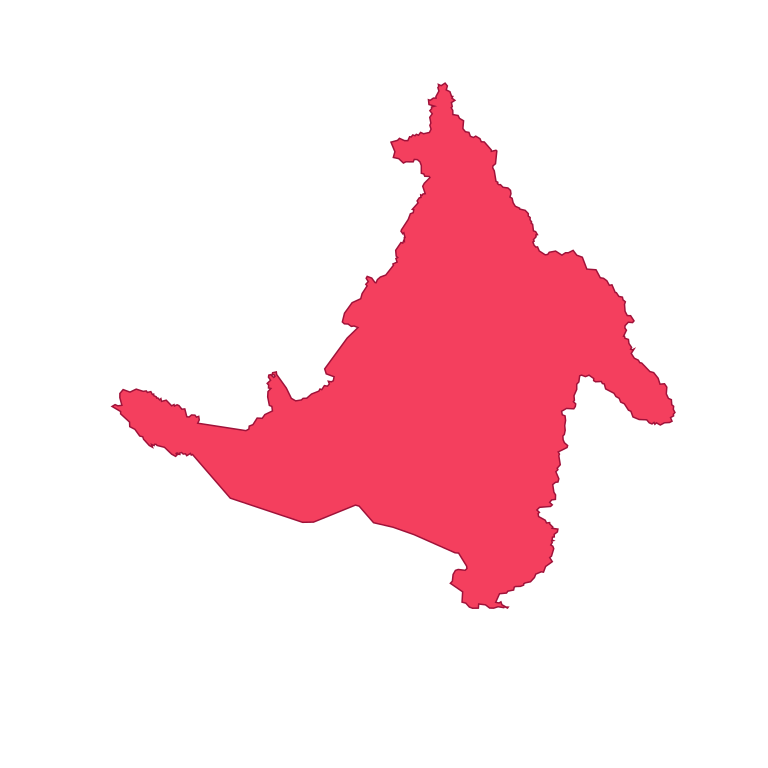 outline of Riosucio, Chocó, Colombia, rotated 157°
{"feature_id": "7082276B6840641027062", "entity_name": "Riosucio", "entity_type": "district", "adm_level": 2, "iso_a3": "COL", "parent_name": "Colombia", "parent_adm1": "Chocó", "projection": "albers", "projection_center": [-77.324, 7.341], "detail": "fine", "context": "isolated", "style": "filled", "palette": "rose", "viewbox_px": 768, "rotation_deg": 157, "n_neighbors": 0, "source": "geoboundaries", "source_scale": "gbopen_adm2", "svg_char_len": 6171}
<svg xmlns="http://www.w3.org/2000/svg" viewBox="0 0 768 768"><g transform="rotate(157 384 384)"><path d="M283.1,603.9L283.2,593.6L286.9,588.9L282.4,585.7L279.8,579.8L277.1,580.0L270.3,577.1L268.4,578.9L265.6,577.5L264.1,574.4L264.3,570.5L267.3,563.4L265.3,561.8L265.3,559.3L261.3,557.4L261.0,556.1L268.5,553.0L271.1,550.9L271.7,543.1L273.9,543.7L275.3,542.8L276.3,543.8L277.1,541.3L278.8,541.6L282.0,539.6L281.9,537.4L289.7,533.7L288.5,532.8L290.1,530.3L293.2,530.4L297.4,526.0L307.7,519.1L308.7,517.9L308.0,514.9L306.7,515.4L307.4,510.6L308.1,510.8L309.5,507.4L309.9,508.3L311.7,506.4L313.1,507.6L321.0,502.5L322.8,497.0L322.0,495.0L324.0,494.9L324.3,491.1L328.9,491.0L328.9,489.6L339.8,483.6L345.5,483.9L349.2,482.7L351.8,480.3L352.7,481.0L353.9,486.3L357.4,489.6L359.1,488.3L358.5,484.4L361.8,482.9L361.2,480.9L368.8,475.8L372.1,471.6L381.6,471.3L392.7,464.6L398.1,457.4L397.0,454.9L393.6,453.2L391.6,449.8L388.9,449.1L385.9,446.1L399.9,440.7L432.7,421.1L433.2,415.9L427.1,410.2L429.4,406.8L431.6,406.6L434.2,408.3L434.3,405.3L436.9,404.1L439.5,405.8L443.5,403.1L444.9,404.4L446.8,402.9L454.6,403.1L460.7,401.1L464.1,402.4L466.3,401.6L471.9,403.0L474.9,407.0L475.5,418.5L479.1,434.7L478.4,437.2L482.1,437.9L483.3,436.5L481.3,435.1L481.4,433.6L482.9,433.1L484.7,436.9L486.6,437.2L487.7,435.4L486.9,431.8L491.3,430.2L490.6,428.1L491.9,425.5L489.9,424.1L493.7,422.4L496.1,417.6L497.9,409.1L496.0,407.2L497.2,402.8L505.6,402.4L509.5,400.0L514.1,402.2L520.5,397.8L524.5,397.9L526.0,395.3L529.3,395.0L570.8,420.7L568.1,423.1L567.2,426.6L569.6,426.8L570.2,429.2L573.3,430.7L576.3,429.8L578.3,430.9L577.1,438.9L579.9,439.8L581.2,444.3L582.6,445.7L585.5,445.6L585.3,447.1L588.0,446.9L590.8,454.2L595.6,454.9L595.1,457.7L596.8,457.1L597.6,459.5L598.7,459.8L598.7,461.3L600.4,463.1L600.0,464.7L601.3,464.8L601.6,468.1L605.1,468.7L605.5,470.5L608.5,471.3L614.1,476.1L621.0,475.8L626.3,480.8L630.8,478.5L632.5,474.6L633.6,466.8L637.5,467.9L639.6,470.1L643.1,469.6L637.2,461.6L638.1,459.4L633.1,448.4L634.7,444.1L631.0,439.6L629.2,431.6L626.7,429.7L626.9,427.1L624.1,419.1L621.8,416.2L621.6,419.2L619.7,417.2L618.7,418.1L617.4,417.5L616.9,416.1L610.8,411.5L606.9,402.4L604.1,398.8L602.5,399.4L602.5,401.3L601.4,401.4L601.1,399.8L599.5,399.0L599.5,400.3L597.1,400.0L596.2,398.0L594.0,397.3L593.6,395.1L589.3,395.7L589.2,393.9L587.8,393.9L570.1,339.0L513.0,288.5L502.8,284.4L457.6,283.7L454.6,281.3L447.8,260.4L431.6,248.6L415.2,233.6L384.6,200.9L381.4,199.2L379.1,184.0L379.8,181.7L382.1,180.8L388.2,184.3L391.1,184.5L394.8,181.7L398.1,175.8L400.8,174.6L392.8,162.0L397.4,152.7L394.3,150.3L392.6,145.3L390.1,143.0L384.7,140.8L382.8,144.5L376.9,141.1L374.3,136.5L370.6,134.8L366.0,134.4L361.1,131.3L360.0,132.0L357.9,129.5L356.9,130.1L358.8,131.0L361.7,134.8L361.5,137.8L363.7,137.5L366.5,139.4L359.6,145.8L352.9,143.7L350.9,144.9L345.2,143.7L343.5,146.1L342.1,146.2L337.5,144.4L334.1,144.3L333.3,145.6L331.5,145.7L326.4,144.7L321.1,147.1L318.6,149.7L312.7,149.7L310.7,148.5L306.5,152.9L298.5,154.7L299.3,159.5L297.1,160.1L292.1,166.1L292.0,168.7L293.4,170.7L291.1,172.3L291.0,174.0L289.3,173.7L290.2,174.7L288.8,177.2L287.0,176.7L286.1,179.1L282.2,180.1L280.6,182.5L285.6,185.5L284.5,186.3L286.1,190.3L285.7,191.7L288.7,192.6L288.8,195.6L293.5,201.6L292.7,204.6L291.1,205.1L292.5,208.3L289.0,209.7L278.5,206.2L276.3,207.0L277.8,210.3L274.9,211.8L271.3,210.8L269.4,214.9L269.9,218.0L268.0,225.5L264.5,226.5L262.2,225.8L260.1,228.4L260.1,236.1L257.4,237.2L257.5,238.8L253.3,240.8L251.1,249.7L249.9,250.9L250.2,253.4L240.3,254.0L239.0,255.6L240.9,259.5L240.9,262.7L239.7,266.2L237.7,267.1L235.3,270.6L233.9,275.1L231.1,279.5L229.8,283.9L231.9,286.0L231.2,289.5L225.6,290.2L219.0,287.0L216.7,288.5L215.3,290.8L216.6,293.7L215.1,294.6L213.7,299.0L208.7,303.7L206.7,308.5L203.8,309.8L200.7,315.1L198.7,315.0L195.7,312.1L191.8,312.0L188.8,307.1L189.7,305.2L188.4,303.4L183.0,301.4L182.8,299.1L181.2,298.0L181.9,292.9L175.9,285.6L175.4,281.9L173.1,278.9L173.2,274.9L170.5,271.9L169.2,264.4L167.4,262.4L167.7,256.4L163.0,251.6L156.2,248.4L155.0,244.6L152.9,242.5L150.5,243.1L150.4,241.1L148.4,241.8L145.7,238.3L141.0,238.7L136.2,237.0L133.4,237.2L133.4,241.1L129.9,241.5L129.4,243.2L127.3,244.1L127.6,247.6L126.1,250.3L127.2,252.5L125.6,257.3L127.8,259.6L128.0,264.6L124.9,270.6L125.7,274.6L130.0,276.0L129.4,282.2L131.3,289.1L134.4,291.6L138.6,302.6L140.2,303.7L140.6,306.6L143.5,309.9L144.5,315.5L140.2,318.5L142.0,318.4L143.4,319.7L141.8,320.9L142.7,325.6L141.6,329.5L144.3,331.9L144.0,333.9L144.8,334.4L139.8,338.8L140.4,341.4L139.3,343.5L135.0,345.4L131.2,343.4L129.2,344.4L130.3,350.5L133.3,351.9L133.7,356.7L131.5,363.3L129.7,365.4L131.1,368.1L130.6,370.8L133.6,372.9L134.4,377.3L135.4,377.9L135.4,386.2L138.0,386.8L138.5,391.9L140.6,395.5L143.4,397.3L144.2,406.3L152.4,410.5L151.9,423.2L156.2,427.2L157.7,433.1L163.1,432.8L165.6,433.9L169.9,433.1L174.1,439.3L180.4,440.7L182.7,439.3L185.1,439.9L189.1,445.8L189.1,450.2L190.7,450.7L191.6,453.0L191.5,456.5L190.0,456.8L190.0,458.5L186.5,460.1L186.0,461.8L184.4,461.5L184.9,465.0L186.6,466.6L184.8,472.9L185.7,474.6L184.8,475.5L185.4,478.1L184.4,480.2L185.6,482.2L184.6,484.5L186.2,488.7L190.7,492.0L190.5,492.9L193.7,496.3L194.3,500.4L193.5,504.9L195.0,506.9L192.8,509.5L191.9,512.8L193.3,516.0L197.6,518.6L198.9,522.0L200.4,522.6L201.2,524.1L200.4,525.2L201.7,526.9L199.2,537.1L199.5,540.5L198.5,542.2L195.3,543.2L189.1,554.4L189.6,555.4L194.3,556.2L193.8,557.5L197.1,567.6L199.8,569.0L199.8,572.3L202.7,576.3L205.4,576.0L207.7,578.3L207.5,582.4L210.5,584.4L211.6,588.3L207.9,595.2L210.7,599.0L210.9,602.2L215.3,605.1L213.8,609.0L214.2,612.1L212.8,612.6L212.0,616.7L207.9,617.4L209.8,620.6L208.4,621.8L209.4,622.4L209.1,627.3L211.8,630.4L209.2,633.6L210.2,637.1L214.8,636.3L216.9,638.5L217.3,636.6L218.6,635.8L219.0,632.2L223.9,628.3L224.4,626.8L226.8,627.9L230.6,627.1L232.0,628.3L233.4,623.7L228.9,620.0L232.1,620.4L232.6,618.8L235.0,617.7L234.0,613.9L237.7,611.6L238.9,605.9L240.7,604.2L241.1,600.2L243.9,597.8L249.8,598.9L252.0,601.3L255.0,599.5L256.7,601.2L258.4,600.4L260.2,602.0L262.4,600.8L263.8,601.6L267.0,598.7L270.0,600.0L273.8,604.1L276.3,603.0L283.1,603.9Z" fill="#f43f5e" stroke="#9f1239" stroke-width="1.5"/></g></svg>